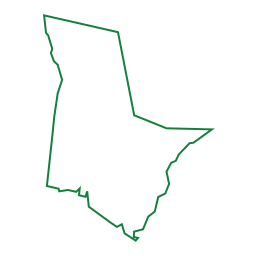 Tattnall, Georgia, United States of America (Mercator projection)
{"feature_id": "52423323B29295723597206", "entity_name": "Tattnall", "entity_type": "district", "adm_level": 2, "iso_a3": "USA", "parent_name": "United States of America", "parent_adm1": "Georgia", "projection": "mercator", "projection_center": [-82.044, 32.051], "detail": "fine", "context": "isolated", "style": "outline", "palette": "green", "viewbox_px": 256, "rotation_deg": 0, "n_neighbors": 0, "source": "geoboundaries", "source_scale": "gbopen_adm2", "svg_char_len": 658}
<svg xmlns="http://www.w3.org/2000/svg" viewBox="0 0 256 256"><path d="M211.9,129.4L166.5,128.3L134.2,115.3L118.0,32.2L44.1,15.4L46.0,32.7L48.2,35.5L52.3,48.9L50.9,53.1L54.0,61.3L57.7,64.8L61.6,78.2L62.2,79.7L57.7,93.3L54.2,117.2L52.7,132.4L46.9,186.0L58.6,188.7L59.3,191.3L68.0,190.0L76.2,191.8L79.7,188.4L79.0,195.2L85.5,196.8L87.2,191.3L88.8,206.7L109.7,222.0L116.9,226.9L121.8,224.3L124.6,233.4L135.7,240.6L138.0,237.9L133.8,237.0L134.1,231.6L143.0,229.3L148.2,216.7L154.8,211.5L158.2,197.0L165.3,193.5L169.1,183.8L166.5,171.7L171.1,162.9L175.8,160.8L178.8,154.4L189.6,143.2L193.5,142.7L211.9,129.4Z" fill="none" stroke="#15803d" stroke-width="2"/></svg>